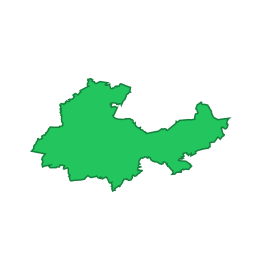 Isnaudas pag., Ludzas, Latvia, rotated 161°
{"feature_id": "27541924B87627734072498", "entity_name": "Isnaudas pag.", "entity_type": "district", "adm_level": 2, "iso_a3": "LVA", "parent_name": "Latvia", "parent_adm1": "Ludzas", "projection": "robinson", "projection_center": [27.797, 56.478], "detail": "fine", "context": "isolated", "style": "filled", "palette": "green", "viewbox_px": 256, "rotation_deg": 161, "n_neighbors": 0, "source": "geoboundaries", "source_scale": "gbopen_adm2", "svg_char_len": 5833}
<svg xmlns="http://www.w3.org/2000/svg" viewBox="0 0 256 256"><g transform="rotate(161 128 128)"><path d="M201.0,154.2L203.2,153.0L203.6,152.4L204.1,152.1L204.3,151.5L204.8,151.4L206.4,150.1L207.1,150.2L207.1,149.7L208.1,149.2L208.3,148.5L209.2,148.4L209.7,148.8L212.3,148.3L212.4,146.0L214.7,145.9L216.4,146.1L216.4,147.2L216.7,147.2L218.2,145.0L219.0,144.7L220.4,143.0L221.8,142.4L223.1,141.4L223.5,139.5L226.8,137.5L214.7,130.5L218.6,128.0L219.7,126.2L219.2,126.0L219.6,123.5L220.8,122.5L221.2,121.2L221.4,119.0L218.6,119.1L213.4,118.3L215.3,117.6L214.5,115.8L208.8,113.9L207.8,114.4L205.8,113.5L204.2,114.7L204.2,115.0L202.5,114.4L201.4,113.5L200.2,112.9L200.9,112.1L201.7,111.7L202.3,110.4L201.2,109.9L198.4,110.1L197.7,109.3L199.2,104.2L198.2,102.4L199.7,101.7L199.1,100.8L199.4,100.6L199.7,97.3L199.2,96.6L194.9,95.8L189.2,94.2L185.7,93.8L183.5,95.2L181.4,96.0L179.8,93.8L178.6,93.1L177.8,92.9L176.3,92.9L174.9,92.6L173.4,92.8L172.6,90.8L171.3,89.8L170.5,89.3L170.2,89.9L170.3,90.4L169.8,90.5L169.2,90.0L168.9,88.2L164.6,88.8L163.7,85.9L163.6,83.0L163.3,82.1L161.1,81.8L161.9,81.2L161.5,78.6L162.7,78.3L162.1,76.4L162.9,76.1L163.1,74.8L163.0,73.4L162.0,73.7L160.4,73.4L160.5,74.4L160.0,75.0L159.1,75.5L158.1,75.4L157.3,76.0L156.1,76.0L155.7,76.4L155.4,76.2L155.2,75.4L154.6,75.4L154.4,76.2L153.0,76.8L150.9,78.4L150.6,78.8L150.5,79.5L149.1,80.0L149.0,80.5L148.7,80.7L147.7,80.8L146.5,80.5L146.7,80.4L146.2,79.8L145.0,79.2L144.5,78.4L142.3,77.9L140.3,79.3L140.0,80.3L139.0,81.8L138.2,81.7L137.7,80.5L136.9,80.2L135.9,80.2L135.2,80.4L133.9,81.3L132.3,81.6L131.3,81.9L130.8,82.4L128.8,82.8L128.5,83.2L130.6,84.2L131.0,84.6L131.8,84.3L132.4,84.7L132.0,85.1L132.2,85.8L132.0,86.6L131.6,87.2L128.6,87.1L128.8,87.4L130.1,87.8L130.5,88.5L130.5,89.0L129.8,89.8L128.4,90.0L129.1,91.3L128.7,92.8L125.8,95.3L125.0,95.3L124.0,94.7L121.3,95.2L119.5,94.0L119.5,93.2L118.8,93.1L117.8,93.8L117.5,93.3L116.9,93.0L116.7,92.6L116.9,92.1L116.5,91.3L116.8,90.6L115.9,89.7L115.7,88.8L114.4,88.3L114.2,87.5L112.0,86.7L111.0,85.8L109.8,84.0L108.8,83.5L108.4,82.9L106.5,82.8L106.3,83.0L106.4,83.5L105.9,84.3L105.2,84.2L104.3,83.7L103.6,82.5L102.5,81.6L102.6,81.3L103.5,80.9L103.4,80.5L102.9,79.9L102.7,79.4L102.6,78.9L102.8,78.7L101.5,77.5L101.3,76.2L100.9,75.6L100.8,74.7L99.9,73.5L99.7,72.8L100.0,72.6L99.8,72.2L99.8,70.9L101.5,69.9L98.8,69.2L98.0,69.4L97.1,70.1L96.0,70.2L92.1,68.9L91.8,69.3L92.9,69.8L92.3,70.3L89.5,71.2L88.9,70.3L88.2,70.5L86.9,70.3L84.1,69.1L82.5,70.1L80.3,71.2L81.4,73.0L80.8,73.3L84.2,77.8L88.4,79.5L89.2,80.1L90.8,80.9L89.3,82.3L87.3,81.1L85.6,81.4L86.4,82.2L86.5,82.5L86.2,82.7L86.5,83.0L84.4,82.9L84.1,85.9L80.7,85.7L80.8,84.4L80.3,84.4L79.9,82.4L76.6,83.4L77.6,81.2L72.1,81.9L71.9,83.8L68.7,84.0L64.4,83.7L64.4,83.9L58.6,82.8L57.8,83.5L56.5,83.5L55.4,87.5L50.8,86.7L46.1,90.1L45.1,88.9L44.5,87.4L41.4,89.3L39.9,89.5L39.2,90.2L39.7,91.0L40.2,91.3L40.0,91.8L40.2,94.4L39.8,95.5L40.0,96.2L39.6,96.9L40.0,97.3L39.9,97.7L39.3,98.1L38.5,98.0L37.4,97.1L37.4,96.7L36.8,95.9L36.2,95.4L35.3,95.6L34.4,96.2L33.5,97.0L32.4,98.8L32.8,99.5L32.8,99.8L33.3,99.8L32.7,101.4L31.5,102.9L30.6,103.3L30.6,103.8L29.2,104.3L40.3,106.6L43.8,110.3L44.1,113.7L44.3,114.0L43.7,116.9L44.5,119.6L44.5,120.9L45.0,122.3L45.2,123.7L47.6,125.2L50.1,126.2L50.5,127.0L50.1,128.3L50.6,128.5L51.2,128.6L51.8,128.0L54.9,127.4L57.1,124.8L57.6,123.7L56.7,122.5L57.1,120.5L56.9,119.7L57.6,118.9L59.2,119.3L60.1,118.6L61.7,115.8L62.0,114.5L64.3,115.0L65.1,115.0L68.2,116.2L76.9,118.4L77.3,118.1L80.0,117.5L80.3,118.4L81.3,116.7L91.7,112.9L92.5,113.6L92.3,114.3L92.6,114.7L93.8,115.5L95.7,115.4L96.2,116.3L100.0,115.1L112.2,116.7L112.3,117.7L113.1,118.1L113.0,118.7L113.8,119.3L114.8,120.4L114.9,121.4L116.8,122.4L116.9,123.3L116.0,124.2L116.0,124.6L117.2,124.4L118.3,124.8L119.0,125.6L120.1,127.9L120.0,129.6L119.5,130.6L120.6,130.4L121.2,130.7L121.3,131.8L120.9,133.4L121.2,134.3L122.2,134.9L123.1,136.2L123.9,136.5L124.9,136.6L126.6,137.4L129.4,137.5L134.5,139.6L136.6,141.1L138.2,143.3L138.1,144.0L138.2,144.8L137.2,144.8L131.3,151.0L132.6,151.5L133.1,152.5L133.4,152.7L134.1,152.8L135.2,152.5L135.7,152.9L136.7,152.8L136.9,153.1L136.7,153.7L137.0,154.2L137.0,155.0L136.1,155.1L135.8,155.7L136.9,156.1L136.5,156.8L133.9,156.8L133.5,156.4L132.6,156.2L131.1,155.0L130.7,154.5L130.9,154.0L130.4,153.9L129.9,153.4L129.3,153.3L129.4,153.8L128.6,154.0L127.1,153.2L126.6,152.6L126.7,152.0L125.8,153.0L124.9,153.7L124.9,154.0L124.6,154.5L121.2,156.4L120.7,157.2L120.3,157.4L119.9,157.9L118.6,160.0L116.6,160.5L115.2,161.3L114.0,161.2L114.4,162.2L112.4,165.6L114.2,166.8L120.3,172.1L121.3,172.0L121.3,171.7L122.3,171.2L122.5,170.7L123.1,170.5L124.7,170.6L124.5,171.1L125.5,171.5L126.4,171.5L128.5,170.3L129.4,170.8L130.1,170.3L131.4,171.0L131.6,174.5L131.0,175.3L132.4,175.6L134.2,175.3L135.2,175.6L135.3,175.9L135.2,176.4L133.6,177.1L133.5,177.4L132.7,177.5L139.4,181.0L143.6,180.4L144.6,181.1L144.8,182.7L146.7,183.9L145.8,185.2L146.7,186.0L146.8,186.5L148.3,186.9L149.0,186.6L149.9,187.1L150.5,186.5L150.4,185.8L149.6,185.7L150.4,184.4L151.9,183.2L152.4,181.9L152.3,180.8L151.6,180.3L161.1,178.9L161.3,178.1L161.0,177.2L162.3,177.0L164.4,175.5L166.5,177.7L168.4,177.4L169.2,177.0L169.1,176.0L168.2,175.3L171.0,173.4L173.1,173.7L173.4,174.1L174.8,174.1L174.3,172.7L175.4,172.2L176.5,173.0L177.0,173.1L177.1,173.5L178.3,173.1L178.6,172.8L178.3,172.4L178.6,172.0L179.3,171.6L180.5,172.0L181.0,171.2L182.4,172.3L182.5,172.6L183.0,172.7L183.7,172.7L184.7,172.1L184.9,171.8L184.4,171.2L184.9,170.8L184.7,168.5L185.9,168.2L185.8,167.4L186.0,167.0L185.5,166.8L185.8,166.2L185.5,165.9L185.9,165.0L186.7,165.1L187.0,164.8L186.8,163.2L186.5,162.3L187.2,161.7L186.7,161.0L188.2,157.4L188.2,156.6L188.6,155.4L188.0,154.0L188.7,152.5L188.8,151.7L189.1,151.5L191.2,151.4L192.1,151.8L192.6,151.0L199.2,153.3L201.0,154.2Z" fill="#22c55e" stroke="#15803d" stroke-width="1.5"/></g></svg>